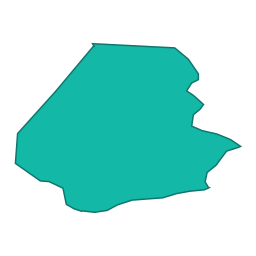 Götene, Västra Götaland, Sweden (Natural Earth projection)
{"feature_id": "70781695B15977475092104", "entity_name": "Götene", "entity_type": "district", "adm_level": 2, "iso_a3": "SWE", "parent_name": "Sweden", "parent_adm1": "Västra Götaland", "projection": "natural_earth1", "projection_center": [13.545, 58.597], "detail": "fine", "context": "isolated", "style": "filled", "palette": "teal", "viewbox_px": 256, "rotation_deg": 0, "n_neighbors": 0, "source": "geoboundaries", "source_scale": "gbopen_adm2", "svg_char_len": 645}
<svg xmlns="http://www.w3.org/2000/svg" viewBox="0 0 256 256"><path d="M93.3,46.4L55.6,91.4L17.6,133.6L15.4,163.4L40.3,180.9L49.0,181.6L63.0,188.2L66.3,204.3L73.9,208.7L81.7,211.3L82.2,210.9L94.7,212.3L107.2,210.4L117.6,204.8L132.2,200.1L162.7,197.8L176.6,193.6L189.8,191.2L204.4,189.8L209.1,187.7L208.5,187.5L205.1,181.9L207.1,172.5L216.2,165.1L221.0,158.5L226.6,151.1L238.3,147.4L240.6,146.4L230.7,139.7L217.1,134.1L201.9,130.6L191.7,126.1L193.4,114.7L200.2,109.1L203.5,104.5L193.4,95.4L186.6,90.9L191.7,83.0L198.4,79.6L198.4,73.9L188.3,59.2L174.7,47.9L92.6,43.7L94.1,46.3L93.3,46.4Z" fill="#14b8a6" stroke="#0f766e" stroke-width="1.5"/></svg>